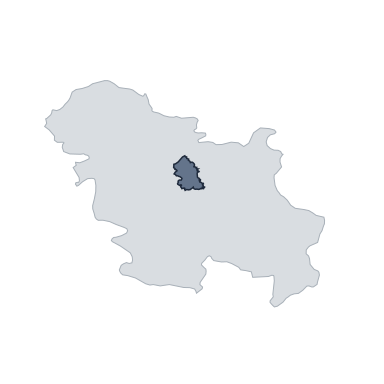 Podunavski highlighted on a map of Republic of Serbia, rotated 339°
{"feature_id": "SRB-831", "entity_name": "Podunavski", "entity_type": "District", "adm_level": 1, "iso_a3": "SRB", "parent_name": "Republic of Serbia", "parent_adm1": "", "projection": "natural_earth1", "projection_center": [20.92, 44.453], "detail": "fine", "context": "in_parent", "style": "filled", "palette": "slate", "viewbox_px": 384, "rotation_deg": 339, "n_neighbors": 0, "source": "natural_earth", "source_scale": "10m", "svg_char_len": 6318}
<svg xmlns="http://www.w3.org/2000/svg" viewBox="0 0 384 384"><g transform="rotate(339 192 192)"><path d="M216.1,148.3L225.1,150.8L229.2,153.2L231.4,156.4L237.1,158.4L246.4,159.5L252.9,162.7L256.6,168.1L262.5,166.8L270.7,158.8L278.8,156.7L286.8,160.5L291.2,163.7L291.9,166.2L290.1,167.2L285.6,166.7L282.0,168.2L279.2,171.8L278.8,175.6L280.8,179.6L283.6,182.3L287.3,183.9L289.3,186.0L289.5,188.6L290.5,189.4L288.4,190.6L286.2,192.4L284.9,195.6L284.6,200.7L277.5,204.7L274.9,205.5L273.7,208.1L271.9,215.6L272.1,221.3L273.1,224.2L273.6,226.5L275.9,229.4L278.0,233.8L279.4,239.7L282.5,244.2L290.4,248.6L294.4,251.2L297.3,254.9L299.5,258.3L306.1,262.8L305.6,266.0L304.2,269.2L302.7,270.7L299.5,274.7L296.4,277.0L291.2,284.1L283.0,284.5L281.0,285.1L277.9,287.0L276.4,290.6L277.9,293.5L277.8,296.4L276.3,302.0L278.3,308.0L281.2,310.8L281.7,312.4L281.2,315.2L276.9,321.0L275.6,323.1L271.3,324.1L269.8,323.6L267.5,321.6L265.5,321.0L260.3,323.4L255.0,324.8L250.9,323.7L246.8,323.6L243.9,324.5L241.8,324.9L237.6,327.4L230.8,329.2L227.7,328.8L226.6,326.5L225.3,323.1L225.9,321.6L230.3,319.0L230.8,316.5L237.0,304.4L238.2,300.4L238.3,299.2L236.6,298.3L233.2,298.3L218.1,293.4L218.8,287.8L214.3,284.8L209.5,282.1L208.7,279.1L203.4,273.0L199.5,269.6L194.5,267.9L190.3,265.4L187.7,263.8L186.6,261.0L186.6,259.3L185.3,257.7L183.2,257.9L179.7,260.1L175.4,262.1L174.7,263.5L176.2,266.9L177.3,269.0L176.8,271.0L175.5,273.6L167.2,279.3L166.2,281.3L167.8,284.5L166.8,286.0L159.9,288.1L160.1,286.3L159.7,283.5L155.7,280.5L150.1,278.2L137.7,270.3L132.9,269.2L128.7,268.3L122.6,264.5L119.4,263.8L115.9,261.1L108.4,252.0L102.0,247.0L97.6,244.5L96.4,242.0L96.1,239.5L96.3,238.6L99.6,235.1L102.2,234.5L105.5,234.4L107.7,236.2L110.5,236.6L112.1,234.3L113.0,231.0L112.6,226.7L105.8,216.8L99.9,209.9L99.3,208.4L100.6,207.1L102.6,206.4L104.8,207.0L110.6,207.5L116.1,206.9L118.0,205.2L118.0,202.9L116.0,200.8L109.6,195.2L104.6,190.2L98.7,186.4L94.3,184.8L93.0,182.9L92.5,180.8L93.0,177.0L93.3,172.2L94.4,169.1L98.4,163.4L102.2,157.3L104.6,151.5L105.8,146.0L105.4,144.5L103.4,143.3L99.3,142.1L93.5,143.2L88.5,145.1L86.6,145.3L86.0,142.9L86.8,141.8L88.3,141.9L89.6,142.4L90.9,141.3L91.8,138.0L89.8,126.6L93.5,125.6L93.6,123.9L93.9,122.5L97.7,124.5L103.0,124.5L107.7,124.1L108.4,123.0L108.4,121.4L107.4,120.1L105.8,119.1L104.6,117.5L101.4,116.8L91.6,112.7L86.7,108.3L86.9,103.7L88.4,101.2L90.1,100.3L89.6,99.4L84.0,97.3L82.1,94.3L83.7,90.5L80.9,82.8L77.9,78.0L80.9,75.9L81.4,73.0L81.6,71.3L82.8,71.3L87.7,69.4L89.4,67.8L90.5,65.9L91.6,65.4L94.8,67.5L98.2,67.6L102.0,66.4L104.9,64.6L108.3,63.1L109.9,62.1L111.9,60.5L115.9,55.8L120.5,54.8L126.5,56.0L133.1,56.4L138.0,55.3L150.4,56.7L153.1,57.8L154.8,59.0L158.1,63.0L161.2,68.3L165.5,70.7L170.7,73.5L173.3,75.6L177.3,81.9L180.4,85.0L181.4,84.8L182.4,84.0L183.1,83.4L184.0,84.0L184.0,85.9L184.2,90.1L183.4,94.6L184.5,98.8L184.6,100.1L183.8,101.3L183.9,102.4L185.0,103.6L189.2,106.4L193.1,110.7L197.6,113.8L201.8,115.7L204.4,115.8L208.7,119.4L217.3,121.9L220.0,122.7L221.9,124.2L223.2,125.9L223.3,127.6L222.0,128.5L220.2,130.9L219.4,133.9L218.1,134.6L216.7,134.7L215.7,135.5L215.9,136.8L217.1,138.0L218.9,139.1L222.3,140.2L225.6,141.8L225.6,143.1L224.9,144.5L220.6,145.0L217.5,145.2L216.0,145.8L216.1,148.3Z" fill="#d9dde1" stroke="#a8b0b8" stroke-width="1"/><path d="M185.0,159.6L186.7,159.8L189.9,159.0L195.7,155.9L198.3,155.6L198.4,156.3L198.5,156.9L198.9,157.3L199.5,157.3L199.4,157.7L199.2,158.5L199.1,158.8L199.6,159.1L200.4,159.9L200.7,160.2L200.0,161.0L201.1,162.7L201.0,164.0L202.1,164.0L202.8,164.2L203.2,164.6L203.7,165.5L204.1,166.6L204.1,167.5L203.7,168.2L202.9,168.8L202.9,169.3L203.8,169.5L204.2,170.3L204.4,171.0L204.8,170.7L205.2,170.7L205.1,171.1L204.8,172.2L205.3,172.3L205.5,172.4L205.6,172.6L205.9,172.7L205.6,172.8L205.4,173.0L204.8,172.7L204.4,174.1L205.0,174.4L205.4,174.6L205.8,175.0L205.9,175.5L204.4,175.6L203.6,176.2L203.2,177.3L202.9,178.4L202.7,179.3L202.5,179.7L202.4,180.1L202.6,180.8L202.9,181.2L203.3,181.4L203.6,181.9L203.3,182.7L204.2,183.2L204.3,183.8L203.9,184.2L202.9,184.1L202.9,184.6L203.3,184.6L203.3,185.1L202.9,185.1L202.9,185.6L203.7,186.0L204.7,187.6L205.6,187.9L205.6,188.5L204.4,188.9L204.4,189.4L204.7,189.8L204.8,189.9L204.7,190.2L204.4,190.8L204.6,191.0L204.9,191.3L203.7,191.3L204.9,192.3L204.3,192.5L204.0,193.0L203.7,193.0L203.4,192.7L203.1,192.5L202.8,192.4L202.6,192.4L202.0,192.3L201.9,192.3L201.7,192.3L201.6,192.2L201.3,192.0L201.2,191.9L200.9,191.9L200.4,192.1L200.1,192.1L199.7,192.0L199.2,192.0L198.6,191.6L197.4,191.0L197.2,190.9L196.6,190.8L196.1,190.6L195.9,190.5L195.5,190.1L195.2,189.9L195.0,189.6L194.9,188.7L194.9,187.9L193.8,188.4L193.5,188.5L193.1,188.6L192.7,188.7L192.5,188.8L191.8,188.8L191.6,188.9L191.2,189.1L190.9,189.1L190.7,189.1L190.3,188.8L190.2,188.8L190.0,188.7L189.9,188.7L189.7,188.7L189.4,188.7L189.2,188.7L188.8,188.3L188.5,188.1L188.2,187.9L187.8,187.8L187.7,187.8L186.8,187.9L186.2,188.0L186.2,187.5L186.1,187.4L186.0,186.9L186.1,186.7L186.4,186.3L186.6,186.1L186.6,185.9L186.4,185.7L186.2,185.6L185.8,185.5L185.6,185.4L184.8,185.3L183.7,185.2L183.7,184.7L183.7,184.4L183.7,184.1L183.4,183.7L183.4,183.3L183.4,183.1L183.4,182.9L183.5,182.8L183.7,182.6L184.1,182.2L184.4,182.0L184.6,181.9L184.6,181.7L184.4,181.4L184.2,181.3L183.8,181.3L183.3,181.5L183.2,181.5L183.0,181.4L182.8,181.4L182.7,181.2L182.1,180.5L181.8,180.1L181.6,179.8L181.5,179.7L181.5,179.3L181.5,179.1L181.7,178.8L182.0,178.6L182.5,178.2L182.7,177.8L182.8,177.2L182.9,176.9L183.0,176.8L183.6,176.6L183.9,176.4L184.2,176.4L184.4,176.4L184.6,176.4L184.8,176.4L184.9,176.5L185.9,176.9L186.1,177.0L186.3,176.9L186.5,176.8L186.6,176.7L187.3,176.0L187.4,175.9L187.4,175.7L187.4,175.4L187.4,175.2L187.0,174.6L186.8,174.2L186.6,173.9L186.4,173.6L186.3,173.4L186.2,173.3L185.5,172.9L184.6,171.9L184.1,171.6L183.7,171.4L183.4,171.4L183.2,171.2L183.0,170.9L183.0,170.2L182.9,170.0L182.5,169.5L181.8,168.7L182.0,168.6L182.6,168.2L183.0,167.8L183.2,167.6L183.3,167.6L183.9,167.4L184.4,167.1L184.5,167.1L185.2,167.0L185.3,166.9L185.6,166.8L185.6,166.6L185.6,166.3L185.4,165.8L185.3,165.7L185.2,165.6L185.0,165.4L184.6,165.2L184.4,165.0L184.3,164.9L184.2,164.8L184.3,164.7L184.5,164.4L184.5,164.1L184.4,163.8L184.3,163.6L183.9,163.2L183.7,162.9L183.7,162.6L183.7,162.3L183.8,162.1L184.1,161.8L185.0,159.6Z" fill="#64748b" stroke="#1e293b" stroke-width="1.5"/></g></svg>